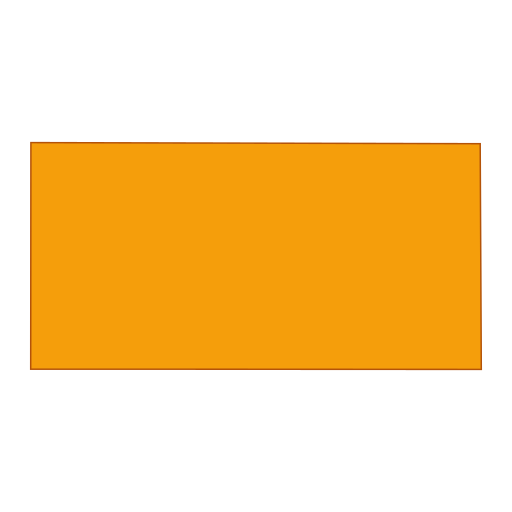 Faulk, South Dakota, United States of America
{"feature_id": "52423323B83189995296662", "entity_name": "Faulk", "entity_type": "district", "adm_level": 2, "iso_a3": "USA", "parent_name": "United States of America", "parent_adm1": "South Dakota", "projection": "robinson", "projection_center": [-99.132, 45.071], "detail": "fine", "context": "isolated", "style": "filled", "palette": "amber", "viewbox_px": 512, "rotation_deg": 0, "n_neighbors": 0, "source": "geoboundaries", "source_scale": "gbopen_adm2", "svg_char_len": 214}
<svg xmlns="http://www.w3.org/2000/svg" viewBox="0 0 512 512"><path d="M168.0,369.2L481.3,369.4L480.2,143.7L477.7,143.7L30.9,142.6L30.7,369.2L168.0,369.2Z" fill="#f59e0b" stroke="#b45309" stroke-width="1.5"/></svg>